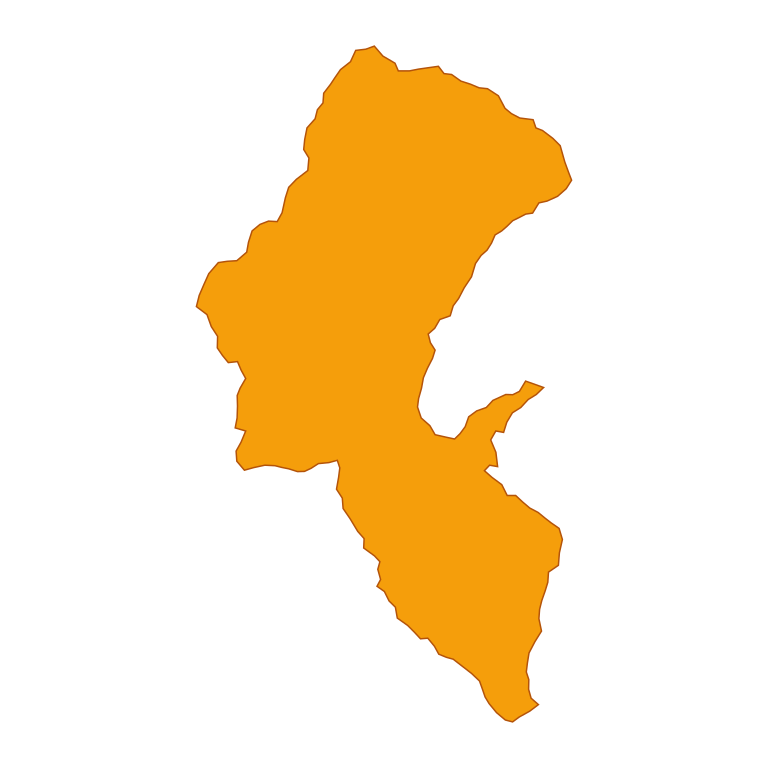 Agrolândia, Santa Catarina, Brazil (Natural Earth projection)
{"feature_id": "56859067B12075513743626", "entity_name": "Agrolândia", "entity_type": "district", "adm_level": 2, "iso_a3": "BRA", "parent_name": "Brazil", "parent_adm1": "Santa Catarina", "projection": "natural_earth1", "projection_center": [-49.817, -27.467], "detail": "fine", "context": "isolated", "style": "filled", "palette": "amber", "viewbox_px": 768, "rotation_deg": 0, "n_neighbors": 0, "source": "geoboundaries", "source_scale": "gbopen_adm2", "svg_char_len": 2655}
<svg xmlns="http://www.w3.org/2000/svg" viewBox="0 0 768 768"><path d="M533.1,119.7L519.7,118.0L511.4,113.6L505.0,108.3L498.4,95.8L487.5,88.7L479.0,87.8L470.5,84.2L460.9,81.1L451.6,74.5L444.0,73.6L438.4,66.3L418.6,69.1L409.4,70.9L398.3,70.9L395.0,63.2L382.9,56.1L374.3,46.1L365.8,49.2L355.7,50.4L350.5,61.7L340.5,69.6L334.7,78.0L330.6,84.2L323.7,93.2L323.0,102.9L317.4,109.7L315.1,118.8L307.0,127.9L304.7,139.5L303.7,149.5L308.9,158.0L307.8,170.5L296.4,179.3L288.7,187.3L285.4,197.7L282.1,212.7L277.2,221.6L268.5,221.1L260.0,224.4L252.1,230.9L248.5,242.2L246.7,252.2L236.8,260.7L227.2,261.3L218.3,262.6L208.8,273.6L204.0,284.3L199.2,295.4L196.4,306.6L207.0,314.6L211.3,326.6L217.6,336.3L217.3,347.9L222.5,355.5L228.3,362.6L237.5,361.6L241.1,370.1L245.7,378.5L240.1,388.2L237.2,395.5L237.5,406.1L237.1,418.0L235.2,427.9L245.7,431.0L241.1,442.1L236.1,451.1L236.8,461.2L244.4,470.2L253.7,467.6L264.8,465.2L275.0,465.7L281.7,467.4L288.7,468.8L297.5,471.6L304.5,471.4L311.1,468.3L318.4,463.6L328.9,462.6L337.3,460.3L339.8,467.9L338.6,477.3L336.5,489.2L342.3,498.1L343.1,508.5L350.1,518.7L357.8,531.5L364.1,538.6L363.7,548.0L374.5,555.9L379.9,561.7L377.8,569.3L380.6,579.5L377.0,586.3L384.4,591.5L389.1,601.0L395.4,607.2L397.3,618.1L407.6,625.4L414.2,632.0L420.5,638.8L427.8,638.2L434.4,646.2L438.8,654.2L446.4,657.3L453.2,659.2L462.1,666.1L471.5,673.4L479.5,681.0L482.3,688.8L485.1,697.0L489.1,703.6L496.5,712.6L505.3,720.0L512.6,721.9L519.4,716.9L529.7,711.2L538.4,704.6L531.1,698.2L528.6,689.3L528.8,679.6L526.3,672.0L527.4,663.0L529.0,653.0L534.9,641.7L541.5,631.1L538.9,618.7L539.6,609.3L541.8,600.5L545.2,590.8L547.8,582.3L548.5,572.1L558.4,565.3L559.4,552.8L562.4,539.5L559.1,528.4L550.9,522.7L544.5,517.7L538.2,512.5L529.7,508.0L522.3,501.7L515.7,495.5L507.2,495.5L501.8,484.7L491.9,477.3L484.4,470.7L489.6,465.2L497.6,466.6L495.9,452.3L490.7,439.9L495.8,431.0L503.6,432.4L506.8,422.2L512.4,412.8L520.8,407.5L528.2,399.5L536.3,394.5L543.6,387.5L525.6,381.1L519.4,391.4L512.8,394.7L505.8,394.5L492.9,400.4L486.3,407.5L476.7,410.9L468.7,416.8L465.2,426.7L460.1,433.6L454.6,439.0L446.6,437.3L435.1,434.7L429.9,425.7L421.2,418.0L417.5,407.0L418.6,398.5L421.5,388.2L423.4,377.7L427.4,368.3L432.5,358.4L435.1,350.1L430.4,342.7L428.2,334.0L434.7,328.3L439.8,319.5L450.2,315.8L453.2,305.8L458.6,298.5L464.2,287.8L471.5,276.8L475.5,263.5L481.1,255.4L487.0,250.2L491.5,243.1L495.1,234.9L501.7,230.9L507.2,226.1L512.7,220.7L519.0,217.6L525.7,214.1L532.6,213.1L538.9,202.9L547.0,201.1L557.6,196.3L566.2,188.7L571.6,180.2L568.6,172.4L564.8,162.0L560.2,145.7L552.9,138.4L542.5,130.5L535.9,127.9L533.1,119.7Z" fill="#f59e0b" stroke="#b45309" stroke-width="1.5"/></svg>